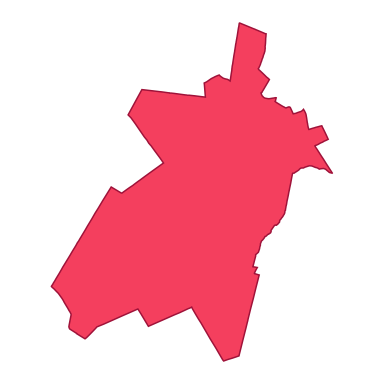 outline of Mereni, Teleorman, Romania
{"feature_id": "2599482B71654647483987", "entity_name": "Mereni", "entity_type": "district", "adm_level": 2, "iso_a3": "ROU", "parent_name": "Romania", "parent_adm1": "Teleorman", "projection": "orthographic", "projection_center": [25.652, 44.232], "detail": "fine", "context": "isolated", "style": "filled", "palette": "rose", "viewbox_px": 384, "rotation_deg": 0, "n_neighbors": 0, "source": "geoboundaries", "source_scale": "gbopen_adm2", "svg_char_len": 5770}
<svg xmlns="http://www.w3.org/2000/svg" viewBox="0 0 384 384"><path d="M223.3,360.6L223.7,361.0L227.8,359.5L232.5,358.1L239.0,355.9L239.4,354.1L243.3,338.4L245.9,328.2L247.4,322.0L247.7,321.0L248.0,319.4L250.8,308.0L253.3,298.5L255.9,287.9L259.2,275.0L256.9,274.3L255.6,273.9L254.7,273.7L254.4,273.4L254.4,273.2L255.9,270.0L257.3,267.5L252.9,266.7L255.7,255.9L255.7,255.6L255.6,255.2L255.6,254.8L255.8,254.5L256.8,253.7L258.3,252.3L258.4,252.2L258.7,251.3L259.2,249.8L259.5,249.0L259.9,246.6L260.3,245.7L260.4,245.2L260.4,243.8L261.0,242.4L261.3,241.4L261.5,241.1L261.6,240.9L262.6,240.0L264.0,238.3L265.0,236.5L265.4,236.5L266.1,236.1L266.5,235.8L267.0,235.2L268.2,234.2L268.3,234.1L268.7,234.2L269.2,233.7L270.5,232.9L271.1,231.7L271.1,231.4L271.0,230.6L271.1,230.3L271.8,229.3L272.6,228.1L274.1,226.0L274.4,225.5L274.9,225.3L275.3,225.1L275.8,225.1L276.0,225.2L276.5,225.2L276.7,224.8L277.4,224.5L277.6,224.4L278.3,223.4L278.6,223.2L279.0,222.7L279.5,222.1L279.6,221.9L279.6,221.5L279.6,220.8L279.7,220.6L280.0,220.0L280.8,219.2L281.6,218.0L282.0,217.5L282.4,217.1L283.0,216.2L283.6,215.1L284.2,214.2L284.6,213.3L284.7,213.0L284.8,212.5L284.9,211.2L285.0,210.9L285.1,210.7L285.5,210.1L285.5,209.4L285.9,207.2L286.0,206.6L286.0,206.3L286.3,205.3L286.6,203.9L286.9,201.9L287.1,200.6L287.4,199.5L288.4,194.7L288.7,192.8L288.9,191.9L289.2,190.5L289.5,189.1L289.6,188.4L290.6,183.7L290.8,182.6L291.2,180.4L291.8,177.1L292.5,173.6L292.6,173.3L294.1,173.1L294.4,173.0L295.6,172.0L296.2,171.8L296.8,171.4L297.0,171.2L297.8,170.7L298.8,170.0L299.5,169.2L300.0,168.7L300.4,168.4L300.8,168.2L301.1,168.1L301.6,168.0L302.8,168.0L303.4,168.0L303.8,167.8L304.9,167.2L309.0,165.9L309.3,165.8L311.2,165.9L312.2,166.1L315.3,167.4L315.7,167.5L316.3,167.6L317.6,168.0L318.3,168.5L319.1,169.0L319.4,169.1L319.6,169.1L320.3,168.9L321.0,168.7L321.8,168.7L323.2,168.5L323.5,168.5L325.3,169.1L325.7,169.3L326.9,170.4L328.4,171.6L329.0,172.2L329.8,172.6L330.0,172.7L331.3,172.9L332.3,173.3L332.6,173.5L326.0,163.3L323.5,159.3L321.1,155.7L316.5,148.5L315.8,147.5L314.9,145.9L315.6,145.4L316.6,145.1L318.1,144.4L320.9,142.8L321.6,142.6L323.2,141.8L324.1,141.2L326.0,140.4L328.2,139.3L327.3,137.3L326.0,134.5L325.0,132.4L323.0,128.3L322.8,128.0L321.8,125.8L321.3,125.9L320.0,126.2L317.9,126.8L315.5,127.4L314.4,127.8L312.5,128.3L310.6,128.9L309.8,129.2L308.9,129.5L308.7,129.3L308.4,127.9L308.2,127.4L307.7,124.8L307.5,123.2L307.3,122.7L307.0,120.5L306.5,117.1L306.4,116.7L306.1,114.9L306.0,114.6L305.9,114.0L305.7,113.6L305.2,112.3L304.7,111.5L304.6,111.1L304.0,110.2L303.5,109.3L302.4,110.5L301.9,110.9L300.9,111.5L298.4,112.3L297.0,112.8L296.2,113.2L293.2,113.8L290.4,107.7L290.1,107.3L289.5,107.0L288.9,106.9L287.5,107.3L286.3,107.8L286.0,107.9L285.5,107.8L285.2,107.7L284.3,107.1L283.0,106.5L280.3,104.9L279.4,104.3L278.2,103.6L276.3,102.4L275.1,101.5L275.4,101.0L275.7,99.8L275.9,98.9L276.2,97.8L275.9,97.7L275.7,97.7L274.8,97.8L274.0,98.0L273.1,98.1L269.9,98.6L269.3,98.7L268.2,98.7L265.3,98.2L264.7,98.0L264.1,97.7L263.7,97.4L263.1,96.8L262.7,96.3L262.2,95.9L261.6,94.7L261.4,94.0L261.0,93.1L261.0,92.9L261.2,92.7L261.4,92.6L261.8,92.5L262.0,92.3L262.5,91.2L263.1,90.3L266.8,84.0L267.9,82.2L269.4,79.5L267.8,78.0L266.6,77.1L266.3,76.8L264.1,74.6L260.0,70.7L258.9,69.7L258.6,69.5L258.5,69.1L258.5,68.7L258.4,68.5L258.6,68.4L260.3,64.7L260.5,64.1L260.9,62.7L261.5,61.3L261.8,60.3L262.0,59.6L262.3,58.7L262.8,57.7L263.3,55.8L263.7,54.6L264.2,53.4L264.7,51.7L264.9,51.1L265.0,49.8L265.2,48.4L265.1,46.2L265.3,45.4L265.4,44.2L265.5,43.3L265.7,39.0L265.7,38.3L265.9,36.7L266.1,33.8L265.3,33.7L264.9,33.5L259.3,31.1L245.5,25.4L240.4,23.3L239.7,23.0L239.3,23.2L239.2,23.5L238.8,26.5L238.5,27.7L238.0,30.8L237.9,31.6L237.7,32.8L237.1,36.7L236.9,37.6L236.8,38.4L236.7,39.0L236.5,39.7L236.5,40.1L236.2,41.5L236.1,42.5L235.7,44.2L235.4,46.4L234.9,49.7L234.7,50.6L234.6,51.8L234.4,52.8L234.2,54.0L234.0,55.0L233.4,59.0L232.9,62.3L232.8,63.2L232.5,64.8L232.2,66.2L232.0,68.1L231.9,68.6L231.8,70.3L231.2,73.9L230.4,79.6L230.1,81.0L228.4,79.8L227.3,79.3L225.4,78.9L224.1,78.5L223.1,78.1L221.2,76.8L219.7,75.6L219.2,75.0L217.3,75.7L215.2,76.6L213.9,77.3L211.9,78.3L211.3,78.6L206.7,81.8L205.4,82.5L204.2,83.0L204.2,83.3L204.4,84.8L204.9,91.0L205.1,93.8L205.4,97.1L202.6,96.8L194.5,95.8L188.9,95.2L187.9,95.3L186.3,95.0L185.0,94.9L183.7,94.7L174.8,93.5L171.3,93.1L169.6,93.1L169.5,92.9L169.2,92.9L162.7,92.0L141.9,89.6L137.5,97.6L128.1,114.9L130.9,117.7L135.2,123.6L144.3,136.9L147.0,140.2L148.7,143.1L149.4,143.9L150.5,145.2L150.8,145.4L154.6,150.7L159.8,157.7L163.5,163.0L150.0,172.7L145.2,176.2L136.6,182.5L133.7,184.7L133.4,185.0L131.8,186.1L129.5,187.6L126.0,190.1L121.9,193.1L120.9,192.8L111.2,187.0L102.7,200.7L98.1,208.4L95.7,212.2L95.5,212.5L94.9,213.5L92.5,217.7L92.0,218.6L87.4,226.2L85.4,229.7L80.7,237.5L79.9,238.8L78.6,241.1L78.0,241.9L77.6,242.4L77.2,243.1L76.3,244.8L75.8,245.7L73.1,250.1L71.0,253.6L70.4,254.7L63.3,266.3L62.9,266.9L61.6,269.3L60.6,271.0L59.1,273.6L56.0,278.7L55.0,280.5L53.3,283.2L52.7,284.4L51.5,286.1L51.4,286.5L52.6,287.7L53.6,288.5L54.4,289.3L56.2,291.2L58.3,293.3L61.7,298.0L62.2,298.7L63.4,300.7L64.2,302.3L66.9,306.8L67.6,307.9L68.9,310.3L70.1,312.2L71.0,314.0L71.1,314.7L71.0,315.4L69.2,324.7L68.9,326.6L68.9,326.8L69.0,327.3L69.3,328.1L69.5,328.7L69.9,329.1L76.8,333.5L76.7,333.7L80.6,336.1L85.0,338.8L85.5,338.5L87.0,337.2L90.0,334.2L93.3,330.8L95.4,328.6L96.4,327.5L96.7,327.1L97.1,326.8L104.0,324.0L122.8,315.6L129.0,312.9L137.6,309.1L137.9,309.0L138.1,309.3L141.1,314.1L148.4,326.3L165.9,318.6L174.5,314.8L179.6,312.7L185.8,309.8L188.1,308.7L190.0,308.0L191.7,307.1L192.3,308.5L195.3,313.7L198.4,318.9L201.2,323.3L205.6,330.9L207.7,334.5L210.3,339.0L212.7,342.9L216.0,348.3L222.7,359.8L223.3,360.6Z" fill="#f43f5e" stroke="#9f1239" stroke-width="1.5"/></svg>